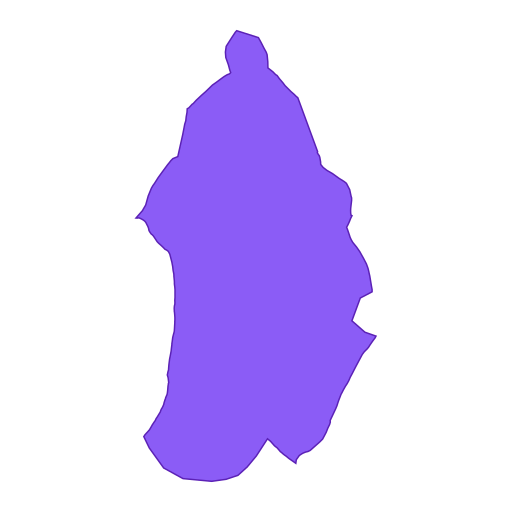 Marisule/La Brellotte, Gros Islet, Saint Lucia
{"feature_id": "8701671B65833866980229", "entity_name": "Marisule/La Brellotte", "entity_type": "district", "adm_level": 2, "iso_a3": "LCA", "parent_name": "Saint Lucia", "parent_adm1": "Gros Islet", "projection": "equal_earth", "projection_center": [-60.972, 14.058], "detail": "fine", "context": "isolated", "style": "filled", "palette": "violet", "viewbox_px": 512, "rotation_deg": 0, "n_neighbors": 0, "source": "geoboundaries", "source_scale": "gbopen_adm2", "svg_char_len": 4198}
<svg xmlns="http://www.w3.org/2000/svg" viewBox="0 0 512 512"><path d="M136.0,218.0L137.2,218.1L138.2,217.9L139.2,217.9L141.7,219.1L143.4,220.1L144.7,221.1L145.8,222.4L146.5,223.8L147.1,225.0L147.7,226.1L148.5,228.1L149.0,230.6L149.8,232.0L151.2,234.0L152.3,234.8L153.4,236.0L155.6,239.3L157.1,241.6L158.6,243.2L160.2,244.6L161.3,245.6L163.3,247.5L165.0,249.3L166.5,250.0L168.0,251.1L168.6,251.9L169.8,254.2L171.2,259.6L171.9,262.3L172.2,264.0L172.7,266.6L173.1,270.4L173.7,273.4L173.9,274.9L173.9,276.2L174.3,280.4L174.4,282.0L174.4,283.9L174.5,284.9L174.6,285.6L174.8,287.1L175.0,289.7L175.0,291.0L175.0,292.6L175.0,293.7L175.0,295.4L175.0,297.4L174.8,300.7L174.9,301.9L174.9,303.1L174.8,304.4L174.4,305.9L174.3,307.0L174.2,308.4L174.3,310.4L174.3,311.3L174.5,312.5L174.6,313.7L174.7,314.8L174.8,316.2L174.9,317.6L174.9,318.5L174.9,320.1L174.8,321.2L174.8,322.9L174.7,324.5L174.6,326.1L174.5,328.1L174.3,331.1L174.1,332.1L173.9,332.9L173.5,334.3L172.9,336.7L172.7,337.6L172.2,341.6L172.1,342.2L171.9,343.6L171.9,344.5L171.7,346.0L171.3,349.3L171.2,350.5L171.0,351.8L170.4,355.0L170.2,356.1L169.6,359.0L169.5,359.8L169.4,360.7L169.0,363.8L168.8,365.9L168.7,367.1L168.6,368.5L168.5,370.1L168.1,371.2L167.8,372.6L167.6,373.7L167.3,374.9L167.9,377.0L168.1,377.6L168.7,382.6L168.3,383.8L168.3,384.4L168.1,385.5L167.9,387.2L167.9,387.9L167.8,388.6L167.7,389.9L167.6,391.0L167.5,391.7L167.5,392.3L167.3,393.0L167.2,394.0L166.8,395.1L166.4,396.0L166.0,396.9L165.7,397.6L165.4,398.9L165.2,399.4L164.9,400.0L164.6,401.1L164.2,402.3L163.7,404.5L162.7,406.8L162.3,407.6L161.2,409.4L160.5,411.2L160.4,411.6L160.2,412.2L159.7,412.9L158.8,414.4L158.2,415.4L157.9,415.9L157.3,416.9L156.4,418.2L155.9,419.0L155.3,420.5L154.9,421.0L154.4,421.7L153.4,423.2L152.6,424.4L152.3,424.8L152.1,425.3L151.6,426.1L151.3,426.7L150.8,427.5L150.3,428.4L149.8,429.2L149.4,429.9L148.9,430.4L147.7,431.8L145.1,434.6L143.8,436.6L149.3,448.0L163.7,468.0L183.0,478.6L211.7,481.3L226.1,479.3L238.0,475.3L245.8,468.2L246.9,467.3L256.3,456.0L267.5,438.8L268.6,439.7L270.2,441.0L270.9,441.7L274.4,445.7L275.6,446.7L276.3,447.2L277.2,447.9L278.2,449.1L279.5,450.6L280.4,451.7L281.4,452.4L283.3,454.1L284.6,455.1L286.3,456.3L288.7,458.3L290.5,459.6L291.4,460.2L295.8,463.3L296.3,459.7L299.3,455.5L301.5,454.0L302.9,453.2L305.5,452.1L308.0,451.5L310.2,450.4L311.8,449.0L315.4,445.8L319.9,441.8L322.6,439.1L324.2,436.1L326.2,432.3L327.8,428.2L329.6,424.5L330.3,422.2L330.2,420.4L335.8,408.5L337.0,405.6L337.9,402.7L338.8,400.1L340.1,396.8L341.0,394.4L342.1,392.4L343.3,390.0L345.5,386.1L347.1,383.7L348.8,380.6L350.3,377.1L352.2,373.6L354.4,369.3L356.1,366.0L362.3,354.4L364.0,352.1L365.7,350.3L366.7,349.4L368.5,347.3L369.7,345.4L371.4,342.9L373.3,340.2L375.0,338.0L376.0,336.1L364.9,332.2L351.9,320.8L360.3,298.0L372.1,291.8L372.1,289.6L371.5,286.4L370.8,282.2L369.8,276.1L369.1,273.1L368.7,271.1L368.0,268.3L367.1,265.8L366.4,263.9L363.6,258.5L361.8,255.3L359.8,251.7L356.6,247.1L354.8,244.9L352.7,242.3L351.2,239.7L350.1,237.3L349.6,235.7L348.9,233.6L347.6,229.8L346.6,227.2L347.9,224.9L349.4,221.6L350.7,218.3L352.0,215.7L351.1,215.3L350.7,213.3L350.6,210.5L350.7,208.4L351.1,204.7L351.4,202.2L351.6,200.5L351.6,199.1L351.6,197.9L351.1,196.3L349.7,189.7L348.1,186.6L346.4,183.3L344.4,181.7L338.7,178.1L332.8,173.8L326.8,170.3L323.1,167.4L320.7,164.4L320.6,161.9L319.8,157.3L319.2,155.6L318.3,154.4L317.3,152.7L317.6,151.6L297.8,97.7L297.2,97.2L296.2,96.4L294.1,94.3L291.0,91.6L285.0,85.6L283.0,82.9L279.4,78.7L277.1,75.5L275.6,74.6L272.9,71.8L267.9,67.9L267.9,66.8L267.8,61.8L267.1,54.7L266.2,52.2L263.9,48.0L261.1,42.5L258.4,37.6L236.7,30.7L235.4,32.1L232.2,36.9L226.2,46.3L225.4,52.1L225.8,57.5L228.4,64.8L229.9,70.5L230.7,72.5L230.3,73.1L229.4,73.9L227.2,74.7L226.2,75.3L224.2,76.5L220.6,79.1L216.2,82.4L212.5,85.0L205.7,91.6L201.6,95.2L196.1,100.4L193.2,103.6L192.2,104.2L188.9,107.8L187.2,108.8L187.0,112.4L186.2,116.8L185.8,120.7L184.7,124.3L184.1,127.5L182.7,134.7L178.2,154.8L177.8,156.6L172.9,158.6L170.9,160.6L169.2,162.8L167.7,164.6L163.7,170.0L158.3,177.4L154.5,183.4L152.9,185.6L151.4,188.2L148.2,196.0L145.7,205.0L145.3,205.7L143.3,209.1L142.5,210.6L136.0,218.0Z" fill="#8b5cf6" stroke="#5b21b6" stroke-width="1.5"/></svg>